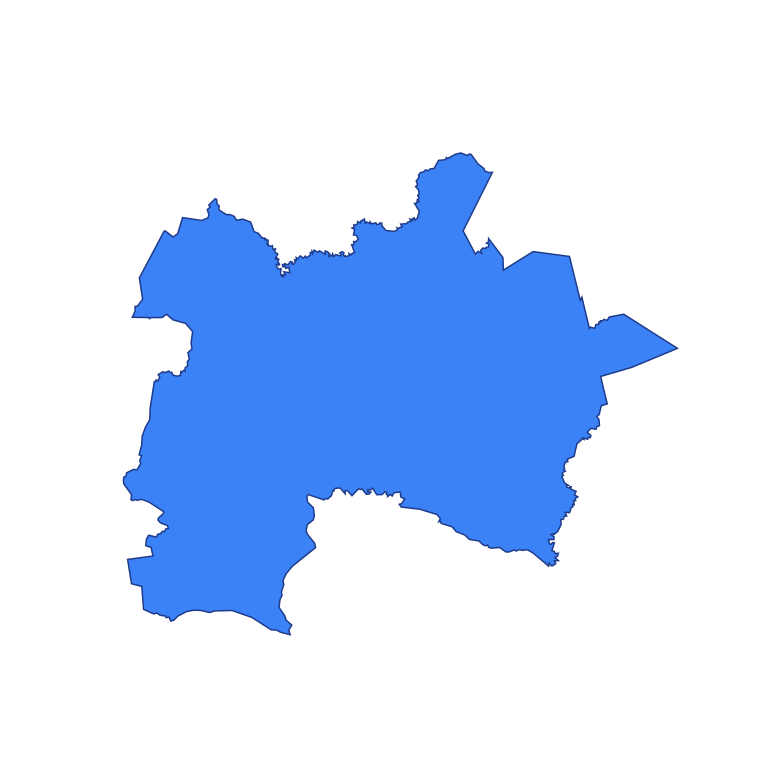 the district of Hastings District, Hawke's Bay, New Zealand, rotated 76°
{"feature_id": "76426892B40769329119322", "entity_name": "Hastings District", "entity_type": "district", "adm_level": 2, "iso_a3": "NZL", "parent_name": "New Zealand", "parent_adm1": "Hawke's Bay", "projection": "robinson", "projection_center": [176.628, -39.374], "detail": "fine", "context": "isolated", "style": "filled", "palette": "blue", "viewbox_px": 768, "rotation_deg": 76, "n_neighbors": 0, "source": "geoboundaries", "source_scale": "gbopen_adm2", "svg_char_len": 6169}
<svg xmlns="http://www.w3.org/2000/svg" viewBox="0 0 768 768"><g transform="rotate(76 384 384)"><path d="M178.4,253.7L178.3,258.8L180.6,267.9L179.4,268.4L181.2,270.6L180.2,276.9L187.1,283.4L186.4,286.4L187.6,290.1L186.3,291.9L187.7,293.9L187.7,297.5L189.6,300.0L191.9,300.0L194.9,303.7L198.6,303.1L200.2,305.6L203.9,303.6L208.0,304.0L209.1,305.7L212.3,305.0L213.5,307.4L215.2,306.0L215.2,308.0L216.5,308.4L216.1,310.6L225.1,308.0L231.2,311.6L232.4,314.3L230.1,314.5L230.4,316.4L232.1,316.8L230.4,318.9L232.7,318.6L232.6,321.5L233.8,323.3L232.9,329.1L235.6,328.4L236.5,332.8L235.6,333.5L237.9,333.8L238.3,337.4L235.5,345.0L229.7,347.8L227.4,347.2L226.7,349.1L227.8,350.2L227.5,352.5L225.6,352.9L225.6,357.2L223.3,358.3L225.0,358.9L222.6,361.6L223.4,363.3L219.2,363.1L220.3,367.1L222.2,368.0L220.0,370.0L222.8,371.7L222.4,374.9L224.8,375.1L224.9,377.2L226.9,375.1L232.0,377.6L233.1,374.7L237.1,374.0L239.1,376.6L238.4,379.0L241.4,379.6L241.0,381.7L249.2,380.8L249.6,383.3L250.9,384.4L248.8,386.4L250.8,386.6L251.4,389.6L250.2,390.3L250.7,391.5L248.7,392.1L247.0,391.1L245.5,392.5L246.1,395.2L248.1,394.1L249.3,394.8L246.7,399.7L248.3,401.8L245.2,402.4L247.0,403.4L246.9,405.1L245.4,405.1L246.6,406.5L243.3,405.8L240.9,408.2L240.8,409.1L243.9,409.6L239.1,414.4L240.3,416.2L237.2,419.5L240.1,421.7L237.9,421.9L239.0,422.4L238.7,423.8L240.9,424.1L242.8,428.8L240.9,429.5L242.4,431.9L239.4,434.2L241.6,437.6L240.1,438.6L242.8,439.2L242.0,440.7L244.4,440.6L246.1,443.2L244.8,444.4L243.7,443.3L242.5,445.2L245.1,448.2L243.2,451.3L244.5,451.6L243.5,453.6L245.8,453.8L246.3,451.3L248.0,451.4L247.9,448.1L253.3,448.5L250.9,454.1L254.4,453.3L253.6,455.9L255.6,455.8L254.5,457.3L251.3,457.6L247.3,455.9L247.1,458.4L244.7,459.7L242.0,459.5L241.8,458.4L243.3,457.6L242.6,456.4L239.6,457.4L237.6,455.9L235.9,457.4L237.0,458.0L236.3,459.4L232.2,455.6L229.4,458.2L226.6,456.6L226.7,459.2L222.8,458.9L223.0,460.4L221.3,463.2L220.3,462.4L219.5,463.8L218.0,461.9L216.2,461.8L216.3,463.3L214.4,463.6L214.9,464.7L213.4,464.8L212.7,467.0L207.6,469.3L204.7,473.2L194.6,474.2L189.8,481.3L189.5,487.4L185.1,488.8L182.2,492.7L181.7,495.7L176.2,501.2L174.3,502.0L171.5,500.8L168.9,502.4L164.3,501.8L163.4,503.0L168.0,510.7L170.3,509.9L172.0,513.3L177.6,512.9L180.2,514.7L181.2,521.3L173.8,539.2L188.1,547.7L190.4,553.0L182.7,559.1L182.5,560.4L221.9,595.7L243.4,597.7L248.9,604.5L248.5,606.8L252.9,607.8L258.4,612.0L262.6,596.2L263.8,595.8L263.1,594.6L265.8,583.3L263.7,578.2L270.8,573.1L277.2,561.8L286.9,557.0L297.6,561.3L303.5,561.8L306.1,566.7L312.7,566.8L314.6,569.3L319.0,570.3L320.2,573.1L323.4,573.9L322.3,574.9L323.4,577.2L322.7,578.0L326.3,579.4L326.4,582.6L324.5,586.4L321.2,587.3L321.1,588.8L319.4,589.6L319.9,594.4L318.6,595.5L320.2,600.8L322.9,599.9L326.2,602.6L325.0,604.1L326.4,604.9L326.2,606.3L350.8,616.7L361.9,619.9L367.8,625.6L376.2,631.3L384.7,633.9L393.5,638.8L394.7,636.5L399.3,639.5L402.2,639.3L407.5,644.4L406.3,647.6L407.9,655.3L410.9,656.5L411.5,659.0L414.6,660.2L418.1,660.6L430.3,655.7L435.1,657.5L436.3,656.0L436.0,653.2L437.3,651.3L437.0,648.3L437.9,646.0L442.1,640.2L454.7,628.6L456.3,629.4L459.5,635.4L461.4,636.2L464.7,634.5L468.9,628.4L472.2,628.2L471.8,630.9L474.1,632.6L473.4,634.7L475.3,637.4L474.9,639.6L477.4,642.0L473.8,649.0L477.2,652.1L483.2,654.3L486.2,649.5L495.0,649.8L492.2,675.2L516.7,677.3L521.8,668.0L544.5,671.8L551.4,663.0L551.4,659.4L554.1,657.4L556.4,651.9L557.9,652.0L558.4,648.8L562.4,648.4L562.4,645.2L559.3,640.0L557.1,630.9L557.4,623.6L559.2,617.0L563.6,608.3L563.2,603.2L567.0,586.2L578.6,568.6L595.1,553.1L596.8,547.8L599.7,544.6L604.6,535.7L599.9,536.0L595.6,531.8L589.5,536.1L585.1,536.3L575.3,539.9L567.9,537.0L564.4,534.1L560.9,533.9L554.3,529.7L550.3,529.6L544.5,524.9L538.7,517.1L526.2,490.0L521.8,489.8L511.7,494.5L507.5,495.1L502.0,492.5L498.7,485.5L495.0,483.4L486.9,482.5L480.1,486.8L474.5,486.0L472.9,484.3L482.0,470.2L481.0,468.5L482.0,466.5L479.6,462.0L475.2,459.6L475.8,458.7L473.5,457.1L473.8,453.6L474.6,451.6L481.1,448.3L478.2,447.4L478.6,445.3L484.6,442.1L479.5,434.0L480.7,432.5L480.5,430.7L486.7,427.8L487.1,425.0L485.7,422.9L484.6,425.9L482.5,425.0L483.7,423.0L482.3,420.3L489.7,417.8L490.8,412.7L488.8,409.0L490.1,407.6L491.7,408.5L492.9,407.1L494.0,407.6L492.8,404.3L494.7,403.2L491.9,400.4L492.7,394.4L497.8,395.0L500.5,391.7L504.4,395.8L504.4,398.3L507.6,397.0L514.1,379.7L523.4,364.2L528.1,361.9L530.9,364.2L530.8,362.6L533.1,362.2L539.1,352.4L544.7,349.7L550.1,342.1L555.6,338.6L559.3,329.8L563.4,327.3L565.5,325.0L565.4,322.3L567.6,322.1L569.2,319.8L570.6,311.4L576.5,306.3L577.2,303.6L576.6,297.7L578.0,296.2L577.5,292.1L578.7,290.7L579.5,285.0L584.2,280.1L600.5,268.4L597.7,267.0L600.8,265.8L601.2,264.5L599.9,260.9L596.8,261.4L597.6,257.5L593.7,260.0L593.0,257.3L590.4,255.7L590.0,258.8L587.6,259.2L586.4,261.5L579.4,257.1L578.6,258.6L580.0,260.7L579.3,261.9L574.7,262.1L576.1,256.7L573.1,256.1L570.6,258.4L570.0,256.8L571.1,255.5L569.2,251.2L563.3,246.2L558.3,245.2L558.5,242.6L555.9,241.2L556.3,238.7L552.2,239.4L553.8,235.1L549.0,232.2L548.9,230.5L546.4,230.2L547.2,228.7L543.3,228.3L543.5,226.2L541.5,226.5L540.4,223.2L537.7,225.9L534.6,223.6L531.2,228.3L529.0,227.3L528.6,228.3L529.7,229.2L528.5,231.5L526.6,231.4L526.8,229.8L523.8,232.7L516.6,233.8L516.0,232.0L514.3,232.9L513.1,231.9L512.3,229.0L510.7,230.5L509.6,229.1L508.0,229.7L503.6,226.8L503.8,224.4L501.4,224.5L500.1,217.0L488.7,211.3L485.8,205.6L484.5,205.0L486.1,203.4L484.8,203.2L486.8,199.9L485.3,198.7L485.9,196.9L484.2,195.7L480.0,198.4L477.1,194.0L479.2,189.3L476.8,187.8L476.6,185.0L470.6,184.0L467.0,185.5L465.7,182.6L457.6,178.4L457.3,172.2L429.1,172.0L427.8,139.8L420.4,90.7L374.3,134.5L373.5,149.2L376.3,152.4L374.5,154.9L375.5,156.6L375.0,158.7L376.4,159.2L375.9,160.6L377.9,161.2L377.7,164.1L381.0,166.0L378.8,170.0L379.8,171.3L347.7,171.0L350.4,173.3L305.1,173.2L291.6,207.3L302.4,240.6L290.1,238.0L268.2,247.3L271.1,248.0L272.2,250.5L274.0,248.1L276.3,249.7L276.2,252.0L277.3,252.7L275.9,255.2L277.6,257.8L280.8,257.6L278.0,260.6L280.1,263.9L254.6,270.2L204.8,227.6L204.2,231.3L201.4,234.9L199.4,234.7L193.1,239.6L182.4,243.9L181.4,245.5L182.4,247.8L178.4,253.7Z" fill="#3b82f6" stroke="#1e3a8a" stroke-width="1.5"/></g></svg>